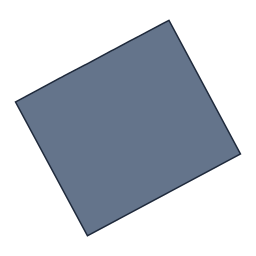 outline of Branch, Michigan, United States of America, rotated 152°
{"feature_id": "52423323B65745165927044", "entity_name": "Branch", "entity_type": "district", "adm_level": 2, "iso_a3": "USA", "parent_name": "United States of America", "parent_adm1": "Michigan", "projection": "equal_earth", "projection_center": [-85.104, 41.916], "detail": "fine", "context": "isolated", "style": "filled", "palette": "slate", "viewbox_px": 256, "rotation_deg": 152, "n_neighbors": 0, "source": "geoboundaries", "source_scale": "gbopen_adm2", "svg_char_len": 388}
<svg xmlns="http://www.w3.org/2000/svg" viewBox="0 0 256 256"><g transform="rotate(152 128 128)"><path d="M40.9,52.3L41.3,203.8L48.2,203.9L48.5,203.9L63.4,203.9L76.8,203.9L85.9,204.0L104.2,203.9L106.4,204.0L135.3,203.8L136.0,203.9L160.1,204.1L160.6,204.0L164.3,204.0L164.6,204.1L175.1,204.0L215.1,203.8L214.4,51.9L40.9,52.3Z" fill="#64748b" stroke="#1e293b" stroke-width="1.5"/></g></svg>